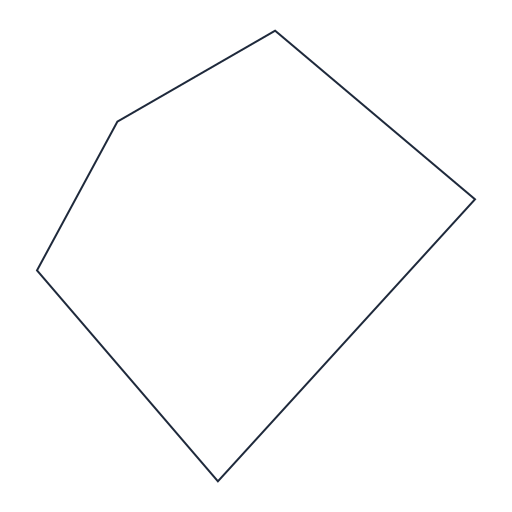 the border of Isla
{"feature_id": "MLT-5953", "entity_name": "Isla", "entity_type": "state/province", "adm_level": 1, "iso_a3": "MLT", "parent_name": "Malta", "parent_adm1": "", "projection": "albers", "projection_center": [14.513, 35.886], "detail": "fine", "context": "isolated", "style": "outline", "palette": "slate", "viewbox_px": 512, "rotation_deg": 0, "n_neighbors": 0, "source": "natural_earth", "source_scale": "10m", "svg_char_len": 197}
<svg xmlns="http://www.w3.org/2000/svg" viewBox="0 0 512 512"><path d="M117.4,121.6L275.1,30.7L475.0,199.3L217.9,481.3L37.0,270.4L117.4,121.6Z" fill="none" stroke="#1e293b" stroke-width="2"/></svg>